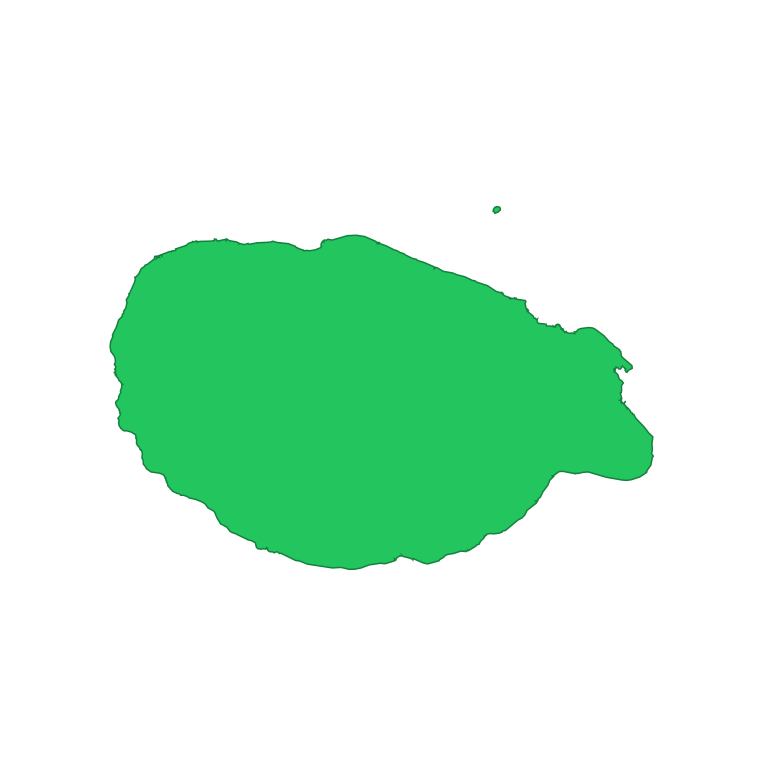 outline of Camiguin, Camiguin, Philippines, rotated 306°
{"feature_id": "2640588B70398489528347", "entity_name": "Camiguin", "entity_type": "district", "adm_level": 2, "iso_a3": "PHL", "parent_name": "Philippines", "parent_adm1": "Camiguin", "projection": "equal_earth", "projection_center": [124.72, 9.168], "detail": "fine", "context": "isolated", "style": "filled", "palette": "green", "viewbox_px": 768, "rotation_deg": 306, "n_neighbors": 0, "source": "geoboundaries", "source_scale": "gbopen_adm2", "svg_char_len": 6172}
<svg xmlns="http://www.w3.org/2000/svg" viewBox="0 0 768 768"><g transform="rotate(306 384 384)"><path d="M324.5,120.3L323.9,119.6L322.4,121.4L318.8,122.6L307.7,124.9L307.1,124.5L306.1,125.6L300.7,126.0L298.4,128.4L293.9,130.4L289.8,130.6L288.3,131.7L286.8,131.4L285.5,131.9L285.2,132.5L279.8,131.7L272.9,134.0L264.3,135.4L262.5,136.9L257.8,137.9L253.4,140.3L249.7,144.0L248.1,149.4L246.3,151.8L243.8,153.9L241.4,154.3L240.3,156.9L237.9,158.0L237.7,157.5L237.1,158.2L237.4,158.8L236.0,159.8L234.9,158.9L234.1,159.7L234.9,159.4L235.2,160.2L234.1,162.0L233.5,161.5L233.4,160.3L233.5,162.5L232.9,162.8L232.4,165.2L230.9,168.0L231.0,169.5L229.9,171.7L230.1,172.5L229.5,172.1L226.7,173.9L223.4,174.8L222.5,176.0L218.0,176.7L215.5,178.1L212.3,177.5L210.7,178.1L209.0,180.7L207.7,184.9L207.1,185.0L205.7,187.5L205.3,187.2L203.9,189.0L199.9,188.9L198.5,191.5L197.1,191.7L194.6,194.1L193.4,197.3L193.2,200.6L193.7,202.0L194.7,202.8L196.5,207.7L196.9,212.8L194.9,215.1L194.4,214.9L193.5,216.6L190.4,218.7L189.3,220.9L189.0,223.1L187.7,225.1L187.5,226.1L187.9,226.6L187.4,227.4L185.5,229.5L181.8,231.7L180.8,233.9L177.7,236.4L176.7,240.2L175.8,241.4L175.9,247.2L179.9,254.8L180.9,258.5L180.1,261.6L179.5,262.3L178.7,261.8L179.5,262.7L179.0,263.6L178.1,263.8L177.8,265.0L176.7,265.7L176.5,266.9L174.6,269.0L173.0,275.9L173.8,280.7L174.9,283.0L174.5,284.9L176.3,287.5L177.4,291.7L177.3,293.4L180.0,299.5L181.5,305.5L181.9,309.5L180.3,314.7L181.1,320.6L180.7,322.4L177.2,328.2L174.8,334.1L175.8,340.8L174.3,346.2L174.5,348.5L175.5,351.3L178.1,366.0L179.2,368.5L180.0,373.1L176.9,376.8L176.6,378.8L178.3,382.0L179.2,382.4L180.9,385.2L182.6,385.2L182.6,386.1L181.1,386.2L182.2,386.5L181.1,387.9L181.1,390.1L182.6,392.3L183.0,394.5L184.9,395.4L185.6,397.0L185.4,399.0L186.5,400.2L189.3,416.3L190.9,419.1L190.8,418.2L193.3,428.0L204.9,450.4L210.4,457.1L213.5,464.6L216.8,469.0L221.6,473.5L229.0,478.4L236.8,486.4L239.3,490.6L246.9,496.3L248.2,496.7L248.0,495.9L248.1,495.3L248.2,496.3L248.7,495.6L248.6,496.7L251.7,496.7L253.7,497.6L255.4,499.3L255.8,498.9L255.5,500.2L258.0,506.5L259.0,509.9L258.7,510.7L259.9,510.2L262.3,520.9L264.1,525.1L273.3,532.4L274.6,532.3L279.4,534.3L281.3,534.3L283.6,535.8L287.9,540.0L294.0,544.4L296.3,548.2L296.6,547.4L296.7,548.5L297.6,549.3L298.6,549.2L298.3,549.6L299.0,550.4L306.9,553.6L308.6,553.7L310.4,555.1L313.4,554.5L317.7,555.3L319.9,555.2L319.9,554.6L322.1,555.7L323.2,555.6L325.5,557.9L327.6,561.3L331.5,565.2L333.5,566.5L334.8,566.4L336.8,568.3L352.7,572.3L356.6,574.3L360.4,574.9L366.0,574.0L377.1,577.2L378.4,577.0L378.5,575.5L379.7,577.1L381.9,576.3L384.4,577.0L390.6,575.9L398.1,576.1L403.8,574.7L409.7,575.7L408.3,574.9L408.5,574.2L409.1,575.0L414.9,576.6L416.6,577.7L418.5,580.1L424.0,591.8L424.6,591.7L425.5,593.4L429.6,597.0L432.9,600.9L439.2,618.6L446.3,633.1L448.7,637.0L451.9,640.3L459.2,645.6L466.6,648.4L467.5,648.3L467.6,647.6L475.2,647.6L482.2,644.3L483.9,644.3L485.0,641.3L488.4,639.9L492.8,636.1L499.3,632.5L500.0,626.9L502.1,619.9L504.3,607.7L506.2,604.1L505.6,602.8L506.4,602.3L506.2,600.1L506.9,598.7L506.8,599.9L507.8,595.8L507.1,595.5L507.7,595.1L507.4,594.4L507.9,594.5L507.9,593.2L508.6,593.5L508.2,593.3L508.4,591.3L509.0,590.0L512.2,589.5L508.7,589.3L509.4,586.8L508.3,587.0L509.4,585.5L509.9,586.4L509.6,584.7L510.3,585.5L511.3,584.4L511.9,585.0L515.6,580.5L516.4,581.0L518.0,580.3L522.3,577.1L525.6,577.0L526.3,574.4L526.2,571.5L528.9,567.8L529.5,564.7L529.2,563.1L530.5,563.3L530.6,561.4L531.5,561.2L531.6,562.5L532.6,561.8L533.4,562.4L533.9,561.8L534.6,563.1L534.2,565.2L535.2,566.6L538.6,566.3L538.4,569.4L538.0,569.6L538.4,570.3L537.8,571.0L536.8,571.0L536.0,572.7L536.3,573.7L539.0,573.8L542.6,575.6L544.6,573.8L545.7,560.8L546.4,559.3L549.2,556.7L550.1,554.3L549.9,547.8L550.8,545.2L550.6,541.5L552.3,533.6L552.5,522.9L552.0,519.9L550.0,516.4L544.6,510.7L542.1,509.0L539.3,508.9L538.0,507.3L536.7,508.7L536.0,506.4L534.0,504.3L533.0,501.5L533.6,500.7L532.0,499.8L532.7,499.2L532.4,498.1L533.8,496.5L533.4,495.8L532.7,496.7L532.5,494.9L533.6,494.5L534.0,492.0L534.4,492.4L534.8,491.8L534.9,490.2L534.3,489.7L534.9,489.2L533.8,489.5L533.4,488.6L531.4,488.5L531.0,489.8L530.6,487.7L530.4,488.3L528.6,484.4L526.4,481.5L527.7,480.1L523.9,473.3L523.9,472.3L525.3,470.4L526.7,469.9L525.8,469.6L526.2,467.2L525.8,467.8L525.4,467.0L526.7,464.5L527.0,457.1L527.5,457.0L528.3,455.3L528.9,456.0L528.2,457.5L527.8,457.3L528.2,457.7L529.0,456.0L528.3,455.2L528.7,454.5L532.0,450.8L534.2,450.3L534.5,449.0L531.1,442.7L530.7,441.4L531.0,440.7L530.2,440.4L530.7,439.4L530.3,438.4L530.4,439.3L529.5,439.0L528.6,437.1L527.4,436.5L527.9,436.1L527.6,435.4L526.4,435.0L527.8,435.0L526.3,429.9L526.4,427.5L527.3,427.1L526.6,425.7L527.3,425.4L526.2,424.1L524.8,420.2L524.4,410.0L520.9,399.0L520.9,396.7L519.8,394.8L518.2,386.2L515.3,379.0L514.2,374.3L510.0,365.8L509.2,358.2L508.6,357.2L506.8,357.0L508.3,355.8L505.8,344.7L503.7,338.8L503.9,336.9L502.3,333.2L500.9,325.0L501.1,323.6L499.8,319.7L499.4,315.7L498.5,313.6L497.0,304.3L495.1,297.9L493.0,295.7L495.4,296.6L494.4,295.0L494.5,293.1L491.9,281.6L488.2,274.4L482.7,267.4L469.9,257.4L468.1,253.5L466.5,252.9L465.3,251.0L464.0,251.0L463.7,251.5L463.6,250.5L461.4,250.5L459.3,251.4L458.6,252.5L456.5,252.3L452.0,249.4L448.1,245.6L446.9,243.3L444.6,240.8L445.0,240.3L443.3,235.2L443.3,233.7L442.6,232.9L443.3,231.5L441.3,224.1L435.6,214.2L434.2,210.2L431.9,208.6L423.5,198.2L417.7,192.8L417.9,191.5L414.7,189.1L412.7,184.2L411.4,184.6L412.6,183.7L412.6,183.0L412.1,180.8L409.0,174.6L408.9,171.6L406.2,172.1L408.3,171.1L402.4,165.9L401.7,164.7L402.5,163.4L401.6,162.2L402.1,161.2L400.4,162.5L398.1,160.3L391.5,151.7L389.5,149.5L389.0,149.5L389.6,148.4L387.1,146.4L386.7,145.3L386.0,145.4L382.9,143.2L379.8,142.5L370.7,136.0L370.0,137.0L369.4,136.9L366.9,134.1L366.0,134.2L365.3,132.8L357.5,127.7L356.7,130.0L357.3,127.6L355.1,126.2L354.5,128.0L353.7,126.6L351.8,126.2L353.1,125.7L354.7,126.0L352.5,123.5L350.0,124.6L341.5,122.2L339.8,120.9L338.6,121.2L334.7,119.8L329.0,120.9L324.5,120.3ZM593.8,371.0L592.0,369.8L589.8,369.9L587.8,370.8L588.0,372.4L587.3,373.3L590.0,375.2L593.1,375.8L594.4,374.9L595.0,373.5L593.8,371.0Z" fill="#22c55e" stroke="#15803d" stroke-width="1.5"/></g></svg>